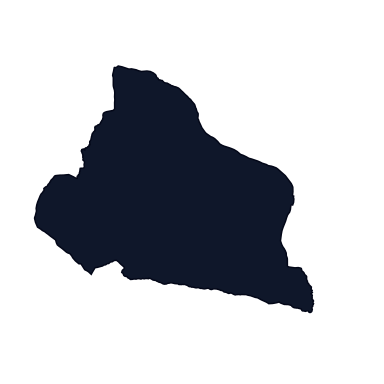 the district of Iramba, Singida, United Republic of Tanzania, rotated 105°
{"feature_id": "72390352B66961871173396", "entity_name": "Iramba", "entity_type": "district", "adm_level": 2, "iso_a3": "TZA", "parent_name": "United Republic of Tanzania", "parent_adm1": "Singida", "projection": "mercator", "projection_center": [34.32, -4.386], "detail": "fine", "context": "isolated", "style": "filled", "palette": "ink", "viewbox_px": 384, "rotation_deg": 105, "n_neighbors": 0, "source": "geoboundaries", "source_scale": "gbopen_adm2", "svg_char_len": 5981}
<svg xmlns="http://www.w3.org/2000/svg" viewBox="0 0 384 384"><g transform="rotate(105 192 192)"><path d="M169.7,92.7L169.4,94.0L165.6,94.6L161.2,95.9L159.7,97.0L158.1,98.4L152.1,106.1L147.6,115.1L146.9,117.0L146.6,119.9L146.5,122.0L146.8,125.2L146.2,127.3L146.0,131.8L145.6,133.4L145.1,136.6L144.7,142.9L144.7,145.8L143.9,148.9L143.3,152.2L143.1,154.9L141.2,158.9L140.2,162.4L139.8,165.5L139.6,168.1L139.4,172.9L139.1,175.1L138.4,177.7L136.6,180.2L134.6,183.9L134.0,185.8L133.7,187.3L133.8,187.9L131.7,193.6L130.7,195.1L127.4,199.1L124.9,201.1L122.2,203.4L120.3,204.6L119.4,205.5L117.0,205.8L114.9,206.3L114.4,206.6L113.0,208.1L110.4,209.6L110.0,210.1L107.1,211.9L106.5,212.5L104.2,215.9L103.0,217.3L102.1,219.5L101.1,220.8L99.4,224.1L97.5,227.3L97.0,228.5L96.3,229.5L95.1,231.9L94.7,234.6L94.8,236.8L94.5,238.1L94.6,239.3L94.3,240.3L94.0,241.0L94.0,241.4L93.3,244.0L93.6,246.6L93.4,247.3L92.0,249.7L92.2,250.7L92.0,252.1L92.3,252.8L91.8,253.8L91.2,254.0L90.9,254.4L90.9,254.8L90.6,255.4L89.8,256.3L88.6,257.0L87.8,258.2L87.5,259.4L87.1,259.8L86.4,263.4L86.8,266.8L88.7,272.1L88.7,275.0L88.4,277.7L88.7,282.2L89.6,284.8L89.2,291.9L89.4,295.9L90.8,296.9L91.4,297.7L91.8,298.5L91.8,299.2L92.0,299.3L96.2,299.0L98.1,299.0L100.0,298.8L101.6,297.8L102.4,297.5L109.2,295.7L110.7,295.1L113.8,293.2L116.1,292.3L120.2,291.4L122.9,290.4L125.7,289.9L131.1,288.4L131.9,288.3L132.6,288.6L133.6,289.2L136.5,295.2L137.5,296.7L138.7,297.8L139.7,298.0L140.9,297.9L142.7,297.2L145.4,297.2L146.3,297.6L147.7,297.9L148.4,298.3L149.4,298.1L150.9,299.2L151.5,300.2L153.0,301.3L153.6,302.4L153.9,302.5L154.2,302.4L154.7,302.6L155.1,302.5L155.8,302.2L156.6,302.0L157.0,301.7L157.6,301.9L158.2,301.6L158.8,302.3L159.8,302.8L160.4,302.8L161.1,303.4L162.4,303.3L162.8,303.5L164.0,303.2L164.5,303.4L165.1,303.4L165.8,303.2L166.4,303.3L167.5,303.1L169.8,303.8L171.1,303.5L172.3,302.9L172.6,303.2L172.9,302.9L173.5,303.6L174.6,303.5L174.9,303.6L175.1,304.3L176.4,304.9L176.8,305.7L176.9,306.1L177.4,306.4L177.6,306.6L178.0,306.5L178.6,306.9L179.1,306.7L179.0,307.2L178.5,307.7L178.6,308.1L179.5,309.4L179.9,309.2L180.2,309.4L180.4,309.4L181.0,309.6L181.8,308.9L183.3,307.9L184.6,306.8L185.1,306.9L185.4,306.5L185.7,306.7L186.9,306.4L187.6,305.8L189.2,305.7L189.6,305.3L190.0,304.2L190.7,303.6L193.6,303.3L195.2,302.6L196.4,302.6L197.1,303.1L197.9,305.7L198.1,306.1L199.3,306.0L199.8,305.8L200.9,305.8L201.2,305.6L202.3,305.8L203.1,305.5L204.0,305.7L204.6,306.2L205.6,305.9L206.2,306.8L206.8,306.9L207.6,306.7L208.3,306.7L208.6,306.5L208.8,307.4L208.0,310.6L207.1,315.6L209.0,320.7L209.8,323.6L211.3,327.6L211.7,328.4L212.5,329.0L214.9,329.9L216.8,331.1L220.7,332.2L222.0,333.0L223.6,333.2L224.2,333.7L225.0,334.7L226.9,336.0L227.9,335.6L229.0,335.3L229.8,335.9L231.3,336.2L232.4,337.0L234.6,337.6L241.6,338.5L244.8,338.6L248.1,338.3L250.7,337.3L255.8,337.2L257.2,337.4L258.3,337.2L261.8,335.3L265.9,332.1L267.0,328.5L267.9,326.6L268.4,324.1L269.4,321.8L269.9,320.4L271.4,317.0L273.5,311.6L273.8,311.2L276.2,309.8L277.9,308.4L278.8,306.4L280.2,302.8L282.6,297.7L283.0,296.1L283.1,294.3L283.5,293.4L285.3,291.1L286.3,290.3L288.7,286.8L290.6,282.7L290.1,280.8L290.3,280.4L294.8,275.5L295.4,272.6L295.9,271.2L297.6,268.0L295.7,267.6L290.4,266.1L290.0,265.7L289.5,264.3L286.5,259.1L285.5,258.5L284.6,256.5L283.3,255.6L282.6,253.9L280.8,252.8L279.9,250.8L278.7,249.9L278.4,249.5L277.6,247.6L277.6,247.1L278.5,244.7L279.0,244.1L280.2,242.0L281.7,238.9L282.4,237.9L282.9,237.7L283.5,237.7L284.2,237.9L284.6,238.3L285.7,239.0L287.8,239.1L288.0,238.8L288.3,237.7L290.2,236.3L290.6,235.5L290.7,234.9L290.6,232.9L291.6,231.5L291.7,230.3L292.4,228.9L291.9,227.3L291.0,225.5L290.6,223.4L290.0,222.5L289.5,221.2L289.3,220.4L289.4,219.6L289.2,218.6L288.4,217.5L288.2,217.0L288.3,216.3L288.2,215.6L287.5,214.3L287.0,212.3L286.7,211.9L287.0,211.7L286.4,210.9L286.2,210.2L286.6,208.5L287.1,207.0L287.0,205.4L286.9,205.0L286.9,203.6L287.3,202.8L287.2,202.3L287.6,201.1L287.6,198.5L288.2,196.3L288.2,195.0L287.5,193.0L286.4,191.7L286.0,190.5L285.3,189.3L285.0,188.2L284.9,184.7L284.3,181.8L284.7,180.8L284.6,180.3L284.1,178.1L283.6,177.1L283.6,176.5L283.2,175.4L283.2,174.9L283.4,172.4L284.1,170.4L284.0,169.4L283.7,169.0L284.0,167.8L283.6,166.3L283.6,163.8L283.3,162.5L282.7,161.4L282.9,158.9L282.6,157.9L282.5,155.7L282.2,154.5L280.8,151.8L280.8,150.8L281.3,149.2L281.2,148.4L281.1,147.7L280.4,146.9L279.8,145.6L279.3,143.1L279.3,140.5L279.6,138.8L279.4,137.4L279.6,136.5L280.2,135.4L280.2,134.5L280.0,133.1L280.5,130.6L280.2,129.6L279.7,128.9L279.4,127.8L280.0,125.5L280.2,124.2L280.1,123.3L279.6,122.5L278.8,119.9L278.8,118.9L278.2,117.7L277.1,113.1L277.2,111.1L277.0,108.6L277.4,103.6L277.2,101.3L278.2,97.2L279.1,91.7L279.6,89.9L280.0,89.0L278.8,85.3L277.2,81.9L276.2,80.1L275.5,79.5L275.9,78.9L276.3,77.8L276.7,73.8L275.8,69.8L275.8,67.7L275.9,66.8L276.7,65.6L277.2,64.3L277.3,63.3L277.0,60.9L276.7,59.9L276.8,59.1L276.7,56.9L276.8,56.3L277.9,55.2L278.2,54.7L278.2,54.0L277.7,52.5L278.0,52.1L277.9,51.5L277.1,50.2L276.8,49.1L277.0,48.6L277.6,48.2L277.8,47.9L277.9,46.8L277.0,45.7L276.4,45.4L274.3,45.4L272.6,46.4L271.2,45.8L270.0,46.1L269.4,45.8L268.3,45.7L268.0,46.2L266.9,46.8L266.0,46.4L265.5,46.6L264.9,47.5L264.5,47.7L264.2,48.6L263.9,48.8L263.4,48.5L262.8,48.6L261.8,49.0L260.8,49.0L260.4,49.3L259.5,50.8L258.9,50.5L258.3,49.9L258.0,49.7L257.3,50.5L256.9,50.7L256.3,50.4L256.0,50.4L255.8,50.7L255.9,51.2L255.7,51.6L252.9,52.1L251.1,55.2L250.1,55.8L249.8,56.9L249.2,57.2L248.2,57.4L247.9,57.9L247.4,58.3L245.3,59.2L244.9,59.0L245.1,59.2L244.4,59.2L243.8,59.6L243.3,60.2L242.6,61.7L240.9,63.1L240.2,64.3L239.8,65.4L237.6,66.6L237.4,67.2L237.5,69.8L238.6,72.9L239.3,78.5L239.3,79.9L238.8,80.7L232.2,82.5L231.2,82.9L229.1,84.4L226.6,85.2L224.6,86.7L223.0,88.2L221.4,90.1L219.6,91.7L216.3,93.9L209.9,94.8L206.1,95.1L202.6,94.9L195.9,94.1L192.3,94.0L189.3,93.7L186.1,92.5L183.6,92.4L179.6,93.0L178.6,92.7L178.5,91.4L175.7,91.2L172.4,91.8L170.3,92.9L169.7,92.7Z" fill="#0f172a" stroke="#020617" stroke-width="1.5"/></g></svg>